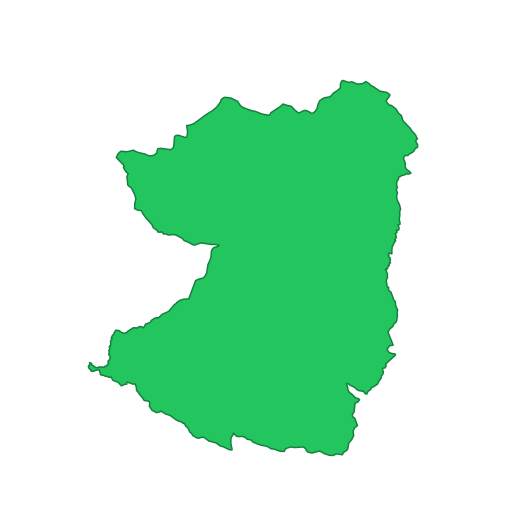 Mongua, Boyacá, Colombia (Natural Earth projection), rotated 103°
{"feature_id": "7082276B23995314387888", "entity_name": "Mongua", "entity_type": "district", "adm_level": 2, "iso_a3": "COL", "parent_name": "Colombia", "parent_adm1": "Boyacá", "projection": "natural_earth1", "projection_center": [-72.676, 5.698], "detail": "fine", "context": "isolated", "style": "filled", "palette": "green", "viewbox_px": 512, "rotation_deg": 103, "n_neighbors": 0, "source": "geoboundaries", "source_scale": "gbopen_adm2", "svg_char_len": 6129}
<svg xmlns="http://www.w3.org/2000/svg" viewBox="0 0 512 512"><g transform="rotate(103 256 256)"><path d="M105.6,125.1L102.4,127.6L100.7,129.7L99.3,131.9L96.8,134.6L91.7,142.5L90.2,143.8L86.5,145.9L84.7,149.3L81.3,152.7L78.8,158.0L79.0,160.1L76.8,163.3L75.9,163.8L74.8,163.8L69.6,161.7L69.1,161.7L68.3,162.7L67.2,165.3L67.5,172.5L64.5,180.2L64.0,182.5L62.6,184.5L61.3,188.2L63.8,190.6L65.1,193.7L65.6,196.4L64.7,202.0L66.1,204.7L65.4,210.3L65.6,211.3L66.4,211.9L69.9,212.4L72.9,211.6L75.9,213.4L79.8,217.2L83.7,219.2L84.5,220.2L86.1,224.2L87.3,226.1L90.3,228.8L93.9,229.6L98.7,229.7L101.8,230.9L103.9,232.6L104.5,233.9L103.2,238.0L103.0,239.4L103.3,241.8L106.8,246.1L107.0,246.9L105.3,250.6L102.2,255.3L102.2,260.9L101.8,263.8L105.3,266.3L113.0,273.7L115.8,274.5L116.0,275.3L116.3,282.4L115.3,288.7L115.4,292.8L114.5,300.4L113.9,302.9L113.1,304.9L109.4,308.8L107.7,316.1L108.4,322.1L109.2,323.3L111.5,325.1L114.0,325.3L119.6,327.7L124.2,331.1L129.1,336.1L140.8,346.1L143.6,350.3L144.5,352.9L149.7,350.8L153.7,350.2L155.8,350.4L156.4,351.7L155.8,358.9L156.7,361.2L157.4,361.8L158.3,362.2L167.7,360.8L169.1,361.0L170.8,362.2L171.6,363.2L172.5,372.8L173.4,375.6L174.4,376.0L177.9,375.9L180.7,378.0L181.8,380.1L182.5,382.9L181.6,387.4L181.6,394.8L180.5,399.5L182.9,403.8L183.8,406.8L184.1,410.5L184.7,411.6L187.9,413.6L191.5,414.2L197.0,405.8L198.3,404.5L199.4,405.1L199.8,405.0L203.1,401.8L204.5,399.2L208.4,399.6L209.9,398.8L215.5,397.0L216.5,395.7L217.6,393.0L218.6,392.0L223.9,387.7L227.4,385.9L232.3,385.9L237.2,384.9L237.9,381.7L237.6,379.6L237.8,377.6L240.2,375.8L244.1,371.3L248.7,364.6L251.6,362.4L253.4,357.9L254.6,357.1L254.5,355.0L253.6,353.1L255.4,350.9L254.7,349.0L255.3,346.3L253.5,340.5L253.7,338.2L255.4,331.8L257.1,329.5L257.7,325.8L259.2,320.0L259.2,318.3L255.8,312.8L255.5,311.7L254.9,302.6L253.9,298.2L253.9,294.6L254.2,294.6L255.4,295.5L257.2,298.9L259.5,300.2L261.7,300.5L266.5,299.7L269.1,299.7L275.3,300.9L283.8,300.2L287.7,301.4L289.3,302.5L291.6,306.9L293.5,309.3L312.9,311.9L314.6,317.3L316.3,320.1L318.9,322.5L320.3,323.2L321.5,324.4L329.6,328.6L334.0,334.4L338.1,337.0L338.6,339.4L340.5,341.9L342.5,343.6L343.6,343.8L344.8,344.5L347.1,348.2L350.2,349.1L351.3,349.9L350.6,351.4L350.7,352.5L351.1,353.9L352.8,355.4L353.5,359.4L358.4,364.2L359.8,364.8L360.1,365.7L361.1,366.6L360.6,370.5L359.5,372.4L359.8,375.9L362.9,376.9L363.8,376.6L365.3,377.9L368.4,378.6L369.0,377.6L369.6,378.1L370.3,377.8L371.5,378.6L375.5,377.5L376.2,378.2L377.1,378.0L377.8,378.5L379.2,377.6L381.1,378.1L382.6,377.5L385.3,377.3L386.3,376.0L388.0,375.0L391.0,375.8L391.8,376.5L394.1,375.6L395.1,376.4L396.7,376.6L397.1,377.1L397.1,378.1L398.5,379.0L398.8,379.8L398.6,380.9L399.4,382.3L399.2,383.7L400.6,385.5L400.6,387.6L399.5,389.8L399.3,391.4L399.0,391.8L398.0,391.8L397.4,392.7L397.4,394.0L398.2,393.5L401.3,394.5L403.2,393.3L404.2,391.4L405.2,390.9L405.2,389.2L402.5,384.6L402.3,383.3L404.4,381.8L406.5,380.9L406.8,379.5L406.6,377.5L407.0,376.2L406.9,373.6L407.2,372.0L406.7,369.9L409.4,367.3L410.1,361.9L412.7,358.1L412.3,357.0L410.7,355.4L410.0,353.2L408.5,353.4L407.9,353.0L408.5,347.0L407.9,344.9L410.8,343.1L414.0,342.1L414.9,340.5L415.9,339.7L419.9,334.5L421.8,332.6L422.0,331.7L421.5,328.7L421.9,327.4L423.2,326.4L426.4,326.1L429.7,322.6L431.0,317.7L429.4,314.5L428.7,314.1L428.6,313.6L430.4,308.1L430.4,305.8L431.1,302.7L433.3,297.9L434.4,294.1L434.3,292.4L434.9,290.1L435.5,289.4L435.2,288.1L437.3,286.5L439.0,283.5L442.5,280.9L443.3,279.0L445.1,277.3L446.6,272.6L446.4,270.8L444.7,267.8L444.5,266.0L446.9,260.1L447.1,252.9L449.2,248.0L449.3,244.7L450.7,238.6L450.5,236.0L449.8,235.8L444.2,238.4L439.8,239.3L438.1,239.3L435.7,238.3L433.9,238.0L436.0,234.3L436.0,232.9L434.9,228.9L434.9,227.5L435.2,225.9L436.6,223.2L436.3,219.7L438.0,217.1L438.9,211.7L439.2,208.4L439.0,202.9L439.3,201.2L440.5,197.8L440.1,195.3L440.8,188.3L440.1,184.6L437.4,183.9L436.6,183.1L434.3,179.4L433.9,175.0L431.8,168.3L431.6,166.8L432.1,165.1L434.6,162.7L435.4,161.4L435.4,157.2L431.9,150.5L431.9,149.1L433.2,145.0L433.7,139.7L433.0,136.0L431.0,133.4L430.5,131.8L430.3,127.3L427.7,126.5L425.0,123.9L423.6,123.2L417.3,123.5L413.5,121.5L408.9,120.4L406.1,121.7L404.3,122.0L401.2,121.2L398.5,119.0L391.9,123.2L390.7,125.9L388.4,126.4L386.0,125.3L377.4,126.4L375.2,123.8L372.9,122.8L371.9,124.0L372.0,126.1L371.6,127.5L369.0,131.6L367.8,134.5L365.2,136.6L363.0,137.3L360.3,139.0L359.5,137.6L360.6,135.7L361.9,130.1L363.6,127.4L364.0,125.2L363.7,121.2L363.9,120.5L365.4,119.0L365.6,117.0L362.7,116.4L360.4,114.3L358.1,113.8L357.5,112.6L353.3,108.6L350.3,108.1L346.9,106.6L344.8,106.8L341.9,105.7L340.4,105.8L338.1,107.2L337.0,107.3L335.8,104.9L333.6,104.5L332.3,105.5L321.1,97.8L320.0,98.7L320.5,101.6L320.1,104.3L319.4,105.5L317.7,107.1L316.1,106.9L313.1,105.4L312.6,103.4L311.9,102.4L300.4,110.3L297.0,109.2L293.6,106.7L291.0,106.3L289.0,104.7L287.5,104.4L282.8,104.7L278.7,105.9L276.8,105.8L273.0,108.7L269.2,110.0L267.8,111.8L260.8,116.4L259.6,119.0L256.7,119.8L256.9,120.6L256.3,121.3L250.8,123.5L249.3,123.6L247.8,123.0L244.1,123.9L240.7,125.9L240.1,126.8L239.0,126.4L239.3,125.5L237.7,124.9L236.4,125.0L235.9,124.4L235.4,124.8L234.9,124.1L233.4,124.4L232.4,123.5L232.0,123.6L231.5,124.5L228.9,124.2L228.5,125.0L227.6,125.0L226.6,126.7L225.5,126.7L225.3,127.2L224.8,127.3L224.3,126.9L223.2,127.1L223.0,125.6L223.4,124.5L222.8,124.1L220.6,124.8L216.2,125.4L214.5,124.7L212.2,124.4L209.9,123.4L209.5,123.6L209.2,124.4L206.1,123.4L205.2,124.3L204.0,124.4L203.0,125.2L200.9,123.9L199.6,125.0L199.2,124.9L198.8,123.2L198.1,122.7L195.9,123.1L193.9,124.6L192.8,123.0L192.3,122.8L187.5,124.8L184.5,124.9L180.3,126.0L177.8,125.7L173.4,127.9L171.3,129.8L168.3,131.8L165.4,132.5L162.5,132.4L160.1,134.2L157.1,133.7L155.6,134.8L152.2,135.5L151.1,135.4L149.9,134.6L146.4,134.4L146.2,133.4L145.0,132.4L143.3,129.2L141.9,128.0L141.7,127.4L142.1,126.5L141.2,124.6L140.4,123.8L139.4,125.0L137.7,128.8L135.6,130.7L132.5,131.3L129.7,132.8L128.9,133.7L126.8,134.4L124.5,133.3L123.9,130.6L122.3,129.8L119.8,126.8L117.8,125.6L115.4,125.0L113.9,123.1L111.3,123.5L108.8,125.9L106.8,126.1L105.6,125.1Z" fill="#22c55e" stroke="#15803d" stroke-width="1.5"/></g></svg>